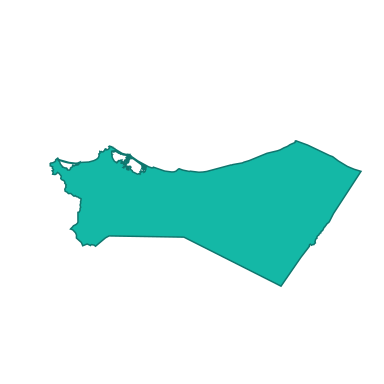 the district of Sveitarfélagið Hornafjörðu, Austurland, Iceland, rotated 209°
{"feature_id": "244011B97448762640394", "entity_name": "Sveitarfélagið Hornafjörðu", "entity_type": "district", "adm_level": 2, "iso_a3": "ISL", "parent_name": "Iceland", "parent_adm1": "Austurland", "projection": "albers", "projection_center": [-15.406, 64.234], "detail": "fine", "context": "isolated", "style": "filled", "palette": "teal", "viewbox_px": 384, "rotation_deg": 209, "n_neighbors": 0, "source": "geoboundaries", "source_scale": "gbopen_adm2", "svg_char_len": 6039}
<svg xmlns="http://www.w3.org/2000/svg" viewBox="0 0 384 384"><g transform="rotate(209 192 192)"><path d="M68.5,152.8L65.1,187.4L63.0,201.4L63.6,202.4L63.6,203.2L63.1,203.8L61.8,203.3L60.6,204.8L60.0,205.0L60.0,205.4L59.8,205.8L59.8,206.5L59.4,207.3L60.4,208.2L60.3,208.5L60.8,209.9L60.9,210.9L60.3,212.3L60.9,212.8L61.0,214.3L60.2,216.0L60.4,216.8L60.0,217.6L60.0,218.3L59.5,218.8L60.0,220.0L59.4,220.9L59.5,221.1L59.1,221.7L59.3,225.2L58.9,225.9L59.0,226.4L58.8,227.0L58.5,229.7L57.6,231.8L57.5,233.2L57.8,241.7L54.2,292.0L61.2,290.5L68.4,289.7L79.1,290.1L86.1,291.1L89.2,290.6L113.7,289.1L125.8,287.2L126.0,286.6L126.3,286.6L126.2,286.0L125.8,285.9L126.0,285.1L129.1,281.1L130.7,278.1L133.1,275.1L135.2,271.8L137.2,269.5L145.2,262.2L157.2,247.2L161.2,243.1L162.0,241.9L169.7,235.7L170.5,234.7L171.1,234.5L189.0,217.2L192.1,214.8L195.6,212.6L203.8,209.3L204.2,208.7L210.7,206.7L214.5,206.1L215.0,205.5L216.1,202.5L217.5,200.9L219.4,199.7L226.0,197.1L237.8,195.0L237.7,194.4L238.9,193.6L242.3,193.0L254.4,192.9L263.3,193.8L264.5,194.4L264.5,194.7L265.3,194.3L264.3,194.2L262.9,193.1L262.3,192.1L261.4,191.7L260.8,192.3L259.4,192.6L250.7,191.5L250.2,191.8L249.8,191.7L250.1,191.6L250.0,191.4L248.7,191.0L248.3,190.4L247.5,191.2L247.9,191.8L246.7,191.8L246.6,191.2L246.3,191.1L245.3,191.4L245.2,191.6L245.2,192.0L244.3,192.1L242.9,187.2L243.7,186.4L243.4,186.1L243.6,185.8L244.7,186.9L245.1,186.0L245.9,185.7L245.6,185.6L245.7,185.2L246.2,184.7L246.4,185.4L246.9,185.7L246.6,184.9L247.1,184.5L246.5,184.2L246.7,183.2L246.1,182.8L246.2,182.7L246.2,182.4L247.0,182.8L248.1,181.2L253.9,180.9L254.6,181.7L256.9,182.0L257.5,183.1L257.4,184.1L258.0,184.4L258.8,184.1L259.3,183.6L259.4,183.0L258.1,180.6L259.0,180.4L259.8,181.2L259.7,181.8L260.0,181.9L260.2,181.5L260.0,180.3L260.3,180.4L260.5,180.8L260.6,181.7L260.0,182.8L260.1,183.2L260.0,183.5L261.0,182.7L261.2,183.1L261.7,183.0L261.6,182.5L261.7,182.2L262.6,181.8L263.9,180.3L263.7,180.0L264.2,180.0L263.2,181.5L263.6,181.6L263.0,181.9L262.4,182.7L263.1,183.3L263.6,183.3L263.0,183.7L263.2,184.0L263.7,184.1L262.9,184.7L263.1,185.5L262.5,186.1L263.3,186.4L262.0,187.1L262.0,187.4L262.3,187.3L262.6,187.7L262.2,188.1L262.6,188.8L262.4,190.0L263.1,190.0L262.9,191.0L263.1,191.1L262.8,191.4L262.9,191.5L262.8,192.0L264.7,190.6L263.4,190.3L263.8,189.9L264.7,190.3L264.8,190.0L264.6,189.8L264.7,189.4L264.7,188.8L264.3,189.1L263.6,188.7L263.9,188.4L263.7,188.1L264.0,187.8L264.3,188.0L264.5,187.6L264.9,188.0L264.6,188.5L264.9,188.6L265.5,187.9L265.1,187.5L265.2,187.3L265.7,187.1L265.9,187.6L266.3,187.1L266.0,186.8L266.1,186.5L266.0,186.2L265.3,185.7L265.4,185.1L263.9,184.6L264.4,183.9L265.3,183.2L265.4,183.4L265.3,183.6L265.9,183.7L266.1,183.9L266.1,184.2L266.4,184.3L267.2,183.1L267.8,182.9L267.8,183.3L267.4,183.6L267.1,184.5L267.9,184.1L267.8,184.4L268.0,184.7L267.8,184.9L268.6,184.9L268.7,185.4L268.9,185.0L269.5,184.9L269.7,184.1L269.8,184.9L269.5,185.4L269.6,185.5L270.5,184.3L271.0,184.1L271.2,183.6L271.5,183.7L271.6,183.4L271.3,183.1L271.8,182.4L271.5,182.5L271.7,182.1L271.6,181.6L271.9,181.0L274.9,181.3L277.8,183.0L279.3,184.4L279.3,184.9L280.2,185.8L280.3,186.2L280.2,186.3L280.6,186.3L282.0,188.7L281.5,189.1L280.9,189.0L281.0,189.6L280.5,189.9L280.3,189.3L279.8,189.1L279.2,189.8L279.7,190.3L279.5,190.7L274.7,190.4L273.4,190.8L272.8,190.5L272.6,190.9L270.0,191.2L267.9,192.1L266.2,192.1L264.8,193.1L264.5,193.5L265.9,192.9L266.8,193.1L267.0,193.5L267.8,192.9L271.8,191.9L280.1,192.2L280.7,192.6L282.0,192.2L282.8,192.7L283.2,192.3L284.0,192.6L284.2,192.3L284.0,192.1L284.8,192.5L286.5,192.1L286.8,191.3L285.7,190.9L285.5,190.4L285.7,189.5L286.1,188.4L287.4,187.2L288.3,187.2L288.4,187.3L288.3,187.8L288.7,187.7L288.8,187.2L288.7,185.8L288.9,185.5L288.9,184.9L289.3,184.0L290.3,183.3L290.8,183.5L291.0,183.1L292.3,182.8L291.3,181.2L292.0,180.0L292.2,179.5L291.8,179.9L291.1,179.4L290.6,177.2L290.8,175.6L291.6,173.9L293.2,171.7L296.9,168.1L304.0,163.7L304.4,163.2L304.2,162.7L305.2,161.9L305.1,161.3L304.5,161.1L304.6,160.8L305.2,160.7L305.4,160.0L307.1,158.8L307.8,157.6L309.2,157.7L309.2,156.9L308.8,156.2L309.1,155.4L309.7,154.8L309.6,154.3L309.9,154.0L309.8,153.6L309.4,153.3L309.7,151.8L311.5,150.9L311.8,151.0L312.2,151.7L313.0,151.7L313.3,152.1L315.3,151.3L316.6,151.4L317.3,150.9L318.2,151.7L320.6,152.6L322.6,154.4L324.2,154.7L324.9,155.4L319.6,156.1L314.7,157.4L309.6,159.3L306.1,161.1L304.8,163.0L304.8,163.5L305.9,162.0L307.6,160.8L313.8,158.2L323.1,156.0L325.2,155.8L325.5,156.5L325.9,156.5L326.8,154.2L326.6,154.1L326.6,153.2L326.3,152.8L326.4,152.4L327.8,150.2L329.7,148.7L329.8,147.9L328.7,146.6L328.7,146.2L326.1,146.5L325.8,145.2L324.0,144.5L323.8,144.1L323.9,143.6L324.6,142.8L322.9,141.9L322.5,140.0L320.2,140.9L319.3,142.3L319.2,143.9L317.5,143.9L314.3,142.6L313.9,142.1L313.3,140.1L311.6,139.6L309.7,139.9L307.8,138.9L307.6,138.0L305.4,137.2L305.5,136.6L305.2,135.8L304.5,135.2L304.7,133.9L304.6,132.8L303.4,131.2L301.3,131.3L299.3,130.7L297.2,132.0L293.5,131.1L292.7,131.5L292.4,132.2L290.9,131.9L289.3,132.4L288.1,132.1L285.9,132.4L285.5,132.0L285.4,131.3L285.0,130.7L284.8,129.4L284.0,128.5L283.6,126.4L281.9,124.6L282.0,123.5L281.0,121.7L281.0,119.7L281.9,118.9L277.1,110.3L277.1,109.1L277.6,107.5L279.3,105.0L279.7,102.8L280.0,102.0L280.3,100.7L278.1,101.1L274.2,99.9L272.2,98.4L270.8,95.7L264.3,94.2L261.5,92.0L258.5,95.7L254.8,96.0L254.7,97.0L254.4,97.3L251.8,98.1L250.1,97.8L245.4,110.0L243.2,113.4L177.2,148.6L68.5,152.8ZM246.8,190.7L247.5,190.4L247.7,189.5L247.4,188.8L246.6,189.3L246.0,190.3L246.8,190.7ZM246.2,189.0L247.0,188.7L247.3,188.2L246.8,187.8L246.0,188.3L246.2,189.0ZM245.2,190.5L245.5,190.1L245.4,189.5L244.8,189.1L244.3,189.3L244.4,189.7L245.2,190.5ZM265.1,192.2L263.7,191.8L263.8,192.2L263.5,192.3L264.1,192.8L265.1,192.2ZM266.3,190.0L265.4,189.4L265.4,189.8L265.1,189.9L265.3,190.1L265.0,190.3L265.6,190.3L265.1,190.8L265.3,191.0L266.3,190.4L266.3,190.0ZM245.2,188.8L245.3,188.2L245.2,188.0L244.2,188.8L245.2,188.8ZM245.7,190.9L244.7,190.8L244.4,191.4L245.7,190.9Z" fill="#14b8a6" stroke="#0f766e" stroke-width="1.5"/></g></svg>